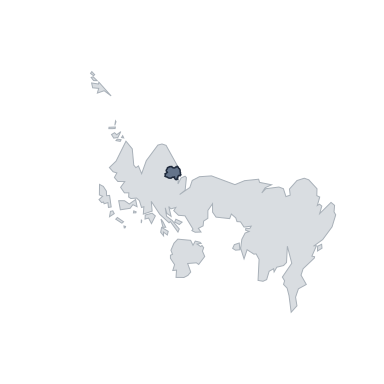 where Angus sits in United Kingdom, rotated 306°
{"feature_id": "GBR-2019", "entity_name": "Angus", "entity_type": "Unitary District", "adm_level": 1, "iso_a3": "GBR", "parent_name": "United Kingdom", "parent_adm1": "", "projection": "mercator", "projection_center": [-2.915, 56.726], "detail": "fine", "context": "in_parent", "style": "filled", "palette": "slate", "viewbox_px": 384, "rotation_deg": 306, "n_neighbors": 0, "source": "natural_earth", "source_scale": "10m", "svg_char_len": 4985}
<svg xmlns="http://www.w3.org/2000/svg" viewBox="0 0 384 384"><g transform="rotate(306 192 192)"><path d="M204.2,301.0L190.5,309.9L186.3,309.3L181.0,304.8L175.6,305.4L177.9,303.1L173.2,301.0L165.0,303.9L161.5,301.9L159.3,297.4L176.9,285.9L179.6,280.3L178.1,278.6L177.7,270.5L168.5,273.4L175.1,264.4L183.1,260.1L190.0,259.1L193.6,261.4L192.6,257.8L194.2,256.9L196.5,260.2L199.2,260.0L194.2,254.7L196.4,248.8L194.5,245.8L196.8,242.6L197.3,236.8L192.6,238.1L185.8,226.2L187.8,220.5L194.6,215.5L186.4,215.7L180.0,220.3L175.3,218.5L171.1,220.9L166.3,218.5L164.9,222.8L161.3,218.2L160.7,214.6L162.6,214.6L168.6,200.3L165.2,194.7L166.2,188.2L170.0,188.0L165.9,184.8L166.6,181.7L160.0,189.4L159.9,184.3L163.5,179.6L157.4,185.7L157.3,192.7L154.6,203.4L151.3,204.2L155.4,191.8L153.6,191.5L155.0,179.1L160.5,164.5L153.1,171.0L145.5,165.6L151.8,161.7L149.8,160.3L154.1,154.5L154.5,150.7L150.8,146.4L150.7,143.7L154.2,141.4L151.6,137.8L153.8,131.5L160.9,131.5L156.9,125.8L158.1,120.7L163.3,120.0L162.0,116.3L163.2,110.8L172.4,112.4L194.3,108.7L191.8,118.3L179.5,129.1L178.7,132.3L181.6,133.3L177.2,140.5L190.5,136.6L209.9,136.8L213.2,139.5L214.5,143.6L203.1,168.0L190.3,175.9L197.0,174.9L200.7,177.1L200.4,179.0L189.4,185.4L182.7,183.5L194.4,187.6L201.5,185.4L208.7,189.0L216.5,198.3L223.2,222.4L232.1,227.9L241.5,238.4L239.5,241.0L244.6,252.1L238.5,248.7L232.3,249.0L238.1,249.8L247.1,259.4L248.4,264.0L243.5,270.7L247.2,273.3L251.7,269.1L263.0,270.2L269.1,274.7L270.5,279.3L268.1,291.2L262.4,295.1L263.0,298.3L254.7,301.3L257.1,302.3L256.9,305.3L249.5,308.0L265.3,310.6L265.0,315.2L259.4,318.6L258.0,321.7L246.1,325.8L230.3,325.7L220.3,322.4L221.6,324.3L210.6,326.7L211.7,329.2L210.5,329.8L195.2,327.0L188.8,329.1L184.4,338.8L176.2,335.0L167.8,337.6L161.6,343.8L153.0,342.9L165.1,331.5L170.1,325.5L171.0,320.4L174.6,319.1L176.3,315.1L193.0,314.6L204.2,301.0ZM147.3,240.2L137.3,240.0L137.3,237.2L131.6,230.5L126.5,238.0L122.1,237.7L118.1,235.7L113.5,229.3L119.7,225.4L117.2,222.6L123.0,220.6L125.7,213.5L128.2,211.7L130.1,212.9L132.5,209.2L140.0,207.5L145.5,208.2L152.1,219.3L149.5,224.1L154.2,223.5L156.0,228.0L155.8,229.6L152.8,226.6L153.0,231.2L154.6,231.5L153.8,234.2L150.3,235.2L147.3,240.2ZM144.4,117.0L142.4,122.2L138.8,125.1L140.8,127.3L132.4,135.4L130.4,133.5L134.0,130.2L130.8,127.8L131.9,126.4L130.3,125.1L131.2,121.2L136.0,122.2L135.2,118.8L143.8,112.7L144.4,117.0ZM145.3,142.6L145.4,148.3L152.8,150.8L147.8,156.2L147.0,151.6L142.4,151.5L135.5,144.5L141.9,137.8L145.3,142.6ZM221.2,46.7L224.4,52.9L226.1,52.1L222.2,70.1L222.3,61.4L216.4,57.3L221.0,55.6L217.9,50.4L221.2,46.7ZM151.1,176.4L142.6,177.8L145.4,172.2L142.5,169.9L145.9,167.7L151.4,172.2L151.1,176.4ZM174.3,257.2L178.5,260.2L173.4,264.7L170.5,261.4L170.3,258.0L174.3,257.2ZM145.5,188.2L146.2,195.9L142.7,197.3L142.8,192.4L139.8,194.8L141.0,190.3L145.5,188.2ZM194.4,94.5L194.1,97.4L199.0,98.9L192.5,100.0L189.6,97.0L191.2,93.1L194.4,94.5ZM161.8,201.7L158.2,200.8L157.6,195.6L160.5,195.0L161.8,201.7ZM225.9,327.6L222.9,330.2L218.0,328.2L222.0,325.5L225.9,327.6ZM148.0,191.5L146.4,189.2L151.9,182.8L150.8,186.1L148.0,191.5ZM128.4,137.4L130.2,139.0L128.8,141.8L123.5,139.8L128.4,137.4ZM127.7,154.1L125.6,153.6L125.2,146.3L127.5,146.6L127.7,154.1ZM226.3,49.8L224.3,46.9L225.4,43.1L227.1,44.3L226.3,49.8ZM199.5,91.8L198.1,92.5L194.4,87.5L195.6,86.8L199.5,91.8ZM192.6,103.9L190.8,104.2L188.9,100.3L190.9,100.5L192.6,103.9ZM230.5,40.2L229.7,44.3L228.2,43.9L228.3,40.2L230.5,40.2ZM204.2,89.2L200.5,90.4L204.6,88.3L204.2,89.2ZM143.1,158.5L142.1,158.8L140.7,156.9L142.5,156.0L143.1,158.5ZM196.8,102.8L195.6,105.0L194.6,103.0L196.8,102.8ZM139.2,168.3L137.0,169.2L139.9,167.2L139.2,168.3ZM125.1,158.5L123.7,158.9L123.1,158.3L124.5,156.9L125.1,158.5Z" fill="#d9dde1" stroke="#a8b0b8" stroke-width="1"/><path d="M204.1,165.0L203.9,166.4L203.7,166.8L203.5,167.1L203.3,167.5L203.4,168.1L203.4,168.3L203.3,168.5L203.1,168.8L202.9,169.3L202.6,169.6L201.2,170.7L200.9,171.3L200.6,171.5L200.0,171.8L199.8,172.0L199.5,172.8L199.4,172.9L199.2,172.8L199.1,172.7L198.9,172.6L198.1,172.8L198.0,172.6L197.9,172.1L197.8,171.7L197.6,171.5L197.0,171.4L196.3,171.5L195.7,171.7L194.7,171.8L194.2,171.9L194.0,172.3L193.9,172.7L193.4,172.5L192.9,172.2L192.5,171.5L192.5,171.0L192.9,169.9L193.4,169.3L193.8,169.1L193.8,168.8L193.5,168.6L193.1,168.6L192.9,168.3L192.8,167.9L192.7,167.7L192.3,167.4L192.0,167.3L191.5,167.2L191.0,167.0L190.8,166.8L190.4,166.2L189.9,165.5L189.7,165.1L189.5,164.4L189.5,163.9L189.5,163.4L189.3,162.7L189.2,162.5L189.0,161.8L188.9,160.9L189.3,160.9L189.7,160.5L190.5,160.4L190.6,160.2L190.7,159.6L190.8,159.5L192.0,160.1L192.7,160.2L193.3,160.6L193.5,160.4L193.8,159.0L193.9,158.8L194.2,158.5L194.8,158.3L196.3,158.3L196.9,158.0L197.2,157.9L197.9,158.2L198.2,158.7L199.0,158.7L199.3,158.9L199.5,159.4L200.2,159.9L200.3,160.5L200.7,160.7L200.6,161.0L200.4,161.6L200.5,162.1L200.4,162.5L201.2,163.7L201.6,164.0L202.6,164.1L203.2,164.9L203.7,164.8L204.0,164.8L204.1,165.0Z" fill="#64748b" stroke="#1e293b" stroke-width="1.5"/></g></svg>